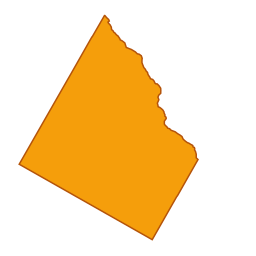 La Plata, Colorado, United States of America, rotated 120°
{"feature_id": "52423323B97319640359332", "entity_name": "La Plata", "entity_type": "district", "adm_level": 2, "iso_a3": "USA", "parent_name": "United States of America", "parent_adm1": "Colorado", "projection": "albers", "projection_center": [-108.15, 37.32], "detail": "fine", "context": "isolated", "style": "filled", "palette": "amber", "viewbox_px": 256, "rotation_deg": 120, "n_neighbors": 0, "source": "geoboundaries", "source_scale": "gbopen_adm2", "svg_char_len": 1441}
<svg xmlns="http://www.w3.org/2000/svg" viewBox="0 0 256 256"><g transform="rotate(120 128 128)"><path d="M213.0,103.1L212.6,51.2L163.2,51.5L161.8,51.3L120.3,51.6L119.7,54.0L116.6,55.8L114.5,57.9L113.8,59.3L112.5,59.9L111.7,60.8L111.9,62.0L111.4,62.7L110.8,63.1L110.7,64.2L110.8,65.5L110.7,67.8L111.0,69.2L110.8,71.0L110.5,72.9L110.0,74.8L108.4,77.0L108.1,79.5L108.1,81.7L108.0,83.1L107.7,85.0L107.9,86.6L108.3,88.8L108.3,90.2L107.8,91.6L108.3,93.6L107.4,95.2L107.2,96.8L106.4,98.5L105.2,99.2L104.0,99.9L102.3,99.8L100.8,99.6L99.6,100.5L99.3,102.0L98.1,102.6L97.0,104.2L96.0,105.0L95.0,106.8L94.6,108.5L94.3,110.7L94.5,112.5L93.2,113.6L91.8,115.0L88.1,115.4L86.3,117.5L84.2,117.8L81.6,117.0L79.0,118.4L77.2,119.6L75.8,122.5L75.2,124.8L75.8,125.8L75.7,127.0L74.3,128.9L73.6,130.9L74.1,133.2L73.1,134.5L72.5,135.8L71.6,137.5L70.1,138.9L69.5,140.9L68.5,142.3L67.7,144.6L67.1,145.3L65.7,147.1L64.4,148.6L62.1,149.9L60.5,150.6L58.8,152.6L58.5,155.2L59.1,157.1L58.4,159.6L58.3,164.3L58.7,166.9L59.1,169.8L55.9,173.3L55.6,175.3L55.4,177.1L55.6,178.7L54.7,179.8L54.0,181.3L53.3,182.6L53.2,183.8L52.9,185.3L52.3,186.4L52.2,188.0L51.2,189.8L51.0,191.4L49.0,192.9L47.6,195.1L47.3,196.3L46.8,197.7L46.3,198.3L45.6,198.0L44.7,197.7L43.7,199.0L43.3,200.9L42.8,202.6L42.4,203.5L42.2,204.4L42.4,204.6L53.6,204.6L59.8,204.6L67.0,204.6L67.2,204.8L108.4,204.5L114.7,204.5L213.8,204.1L213.0,103.1Z" fill="#f59e0b" stroke="#b45309" stroke-width="1.5"/></g></svg>